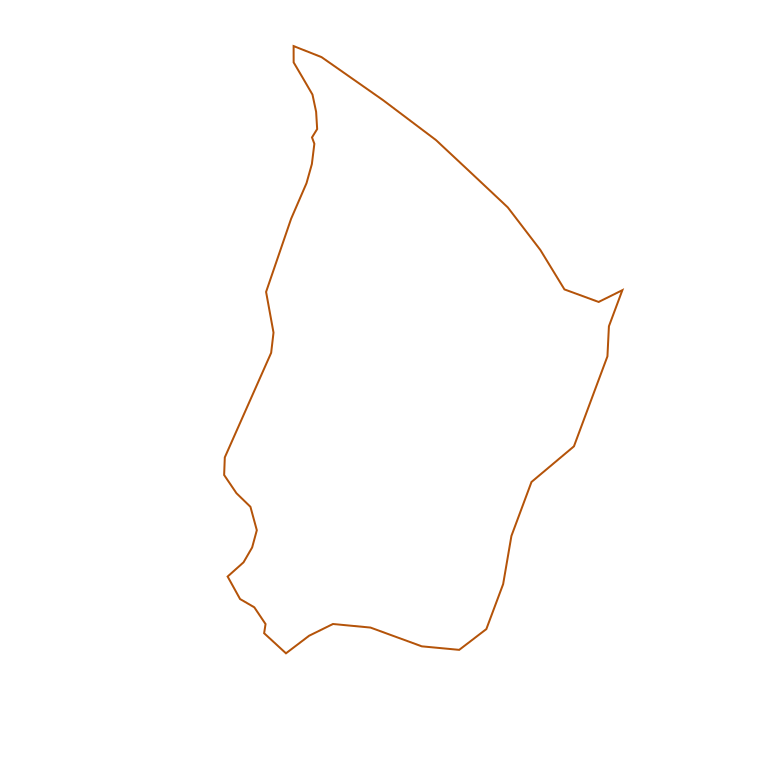 outline of Sariwon City, Hwanghae-bukto, North Korea, rotated 20°
{"feature_id": "82179303B86388706464223", "entity_name": "Sariwon City", "entity_type": "district", "adm_level": 2, "iso_a3": "PRK", "parent_name": "North Korea", "parent_adm1": "Hwanghae-bukto", "projection": "albers", "projection_center": [125.699, 38.566], "detail": "fine", "context": "isolated", "style": "outline", "palette": "amber", "viewbox_px": 768, "rotation_deg": 20, "n_neighbors": 0, "source": "geoboundaries", "source_scale": "gbopen_adm2", "svg_char_len": 774}
<svg xmlns="http://www.w3.org/2000/svg" viewBox="0 0 768 768"><g transform="rotate(20 384 384)"><path d="M183.5,97.4L189.1,112.7L202.2,123.5L217.8,136.5L227.1,151.4L234.0,167.3L232.0,176.9L236.4,182.1L241.0,202.0L242.5,221.8L240.2,260.5L241.7,337.8L262.6,373.5L267.3,393.3L259.5,507.4L264.9,524.2L282.7,537.1L300.5,545.1L314.5,564.9L316.0,582.7L313.0,599.6L302.9,618.4L322.3,635.3L338.5,638.2L354.8,650.1L356.6,659.2L384.0,670.6L399.7,646.2L418.1,627.0L454.6,617.5L509.2,617.6L545.6,608.1L564.0,579.3L564.4,531.3L555.7,483.2L556.1,425.6L583.8,377.6L584.2,320.0L584.5,281.6L575.6,252.8L575.9,214.3L557.6,233.5L521.2,233.4L485.1,204.6L439.9,175.7L394.7,156.3L349.4,137.0L286.0,117.6L249.8,107.9L213.5,98.2L183.5,97.4Z" fill="none" stroke="#b45309" stroke-width="2"/></g></svg>